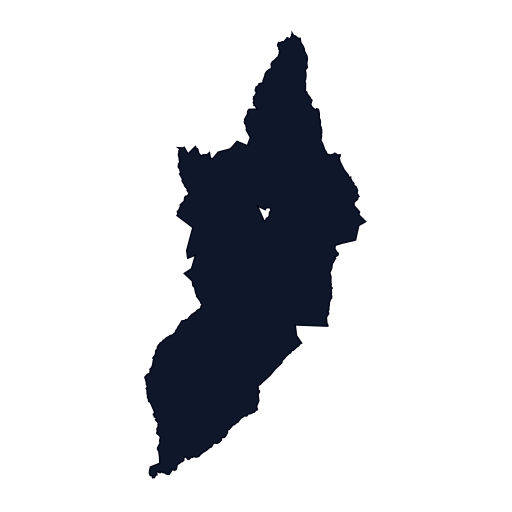 the district of Makoni, Manicaland, Zimbabwe, rotated 181°
{"feature_id": "62879985B27116987268551", "entity_name": "Makoni", "entity_type": "district", "adm_level": 2, "iso_a3": "ZWE", "parent_name": "Zimbabwe", "parent_adm1": "Manicaland", "projection": "robinson", "projection_center": [32.274, -18.385], "detail": "fine", "context": "isolated", "style": "filled", "palette": "ink", "viewbox_px": 512, "rotation_deg": 181, "n_neighbors": 0, "source": "geoboundaries", "source_scale": "gbopen_adm2", "svg_char_len": 6066}
<svg xmlns="http://www.w3.org/2000/svg" viewBox="0 0 512 512"><g transform="rotate(181 256 256)"><path d="M223.7,479.4L223.7,478.5L224.3,477.8L224.1,476.1L224.8,475.7L225.5,473.9L226.3,473.8L228.5,474.8L231.8,470.6L233.8,470.6L235.7,469.4L236.9,469.9L237.8,468.4L238.0,466.4L236.8,465.2L236.7,462.9L235.6,461.9L236.2,460.4L236.1,459.0L237.3,455.7L242.0,451.1L242.8,450.7L244.2,448.3L243.7,445.1L244.0,443.8L244.5,443.2L245.9,442.8L248.4,440.7L249.9,438.5L250.3,436.2L252.0,431.4L251.7,430.6L252.2,429.3L256.0,428.2L256.9,426.0L258.8,425.0L259.7,421.5L259.5,421.0L258.9,421.1L258.5,419.8L258.8,418.4L260.1,415.8L261.2,415.0L260.7,414.1L261.4,413.1L260.5,410.9L261.3,409.7L261.0,408.3L260.4,407.6L260.6,406.6L259.9,406.7L257.8,403.8L257.0,403.0L256.2,402.9L265.4,402.5L266.8,400.7L266.9,397.8L269.8,392.3L269.5,391.3L269.9,390.2L269.8,389.0L269.5,388.3L268.7,388.3L268.8,387.2L267.9,386.2L268.2,385.2L267.6,384.2L267.9,381.8L263.7,374.5L266.5,366.1L277.0,370.2L282.4,363.8L284.5,362.3L295.6,359.2L300.6,352.8L303.2,352.6L304.4,358.5L306.6,356.3L310.5,356.3L312.9,354.6L313.1,355.9L314.1,356.3L315.3,358.4L315.9,361.1L317.0,361.2L316.7,362.3L317.6,362.4L318.5,364.4L325.8,356.8L329.7,363.4L330.4,362.7L335.7,362.9L334.2,361.8L334.0,361.1L334.9,360.0L334.8,358.0L335.3,356.7L335.1,354.4L334.1,353.4L334.6,352.8L333.9,348.2L335.1,346.6L334.7,345.6L335.3,344.7L335.0,343.2L334.2,343.2L334.3,342.2L333.4,340.9L333.5,340.1L332.9,338.7L332.9,337.6L333.8,336.9L330.7,331.2L331.2,330.2L330.7,328.8L328.8,326.2L328.7,325.2L328.1,324.3L325.9,321.9L326.0,320.5L323.8,317.2L326.4,314.3L327.0,314.7L327.5,314.5L328.4,313.0L328.2,312.0L328.6,311.5L328.1,310.7L330.1,308.0L331.3,307.3L331.7,306.4L332.5,306.0L332.5,304.2L334.0,300.4L335.4,299.2L334.8,296.8L335.7,295.1L319.6,283.4L325.4,260.1L324.2,252.6L316.5,255.9L320.2,242.2L327.4,237.3L319.2,229.9L318.6,225.2L317.2,224.0L316.7,223.1L315.8,218.6L314.5,215.5L314.7,214.8L310.9,209.9L310.1,207.8L309.3,207.4L309.1,206.2L309.9,205.1L310.3,203.1L311.4,201.7L312.6,201.5L314.3,200.2L315.2,198.8L316.4,198.3L317.6,197.1L318.9,196.6L322.2,192.9L323.1,191.4L323.9,191.0L325.0,191.2L326.3,190.1L329.0,189.8L331.0,186.1L332.8,183.5L333.2,181.7L334.2,181.2L334.2,180.3L334.9,179.8L335.4,177.6L336.4,177.3L337.9,175.6L340.8,174.7L341.8,173.7L344.1,172.8L345.0,171.4L346.2,170.8L346.4,170.1L347.4,170.0L347.8,168.8L350.4,167.2L350.9,166.1L351.5,165.7L352.4,164.3L352.0,163.4L353.0,163.2L353.0,160.9L354.1,160.3L354.5,159.6L354.8,155.6L357.3,152.2L356.2,150.4L356.9,149.4L357.3,145.8L358.4,142.3L358.7,141.9L359.3,141.9L360.0,141.0L359.7,139.8L360.0,137.4L360.6,136.4L362.3,136.0L365.0,132.9L363.5,128.3L363.3,125.9L362.2,123.9L363.4,121.5L362.6,120.4L362.4,116.1L361.8,114.8L362.0,112.9L361.0,111.0L360.8,108.9L359.4,108.0L358.6,107.0L354.5,97.7L355.9,95.9L355.8,95.4L354.8,95.5L354.9,93.4L353.1,92.8L353.0,91.5L353.6,90.6L352.7,89.3L351.9,89.1L350.5,86.4L351.0,85.5L350.8,83.8L352.1,81.2L351.5,79.2L352.2,77.3L351.6,76.4L349.7,75.1L348.3,73.1L349.1,70.0L348.6,67.3L350.9,62.9L351.1,61.2L349.7,58.8L348.9,53.3L348.6,47.0L357.9,43.2L358.0,41.6L358.5,40.8L358.8,37.5L358.4,35.3L357.2,34.5L356.5,34.9L355.8,34.0L355.6,32.8L354.7,33.7L354.1,32.6L353.3,33.4L352.8,35.2L351.3,35.4L351.5,37.9L350.8,39.0L350.3,39.0L349.2,37.9L347.8,37.7L347.0,38.5L346.4,38.5L344.8,37.7L343.5,37.8L341.8,36.4L339.1,36.2L337.2,38.9L336.8,40.4L334.5,41.0L333.9,40.3L332.2,41.1L331.6,43.2L331.5,44.8L330.7,46.1L329.9,47.1L329.2,47.2L327.5,48.8L326.1,49.2L324.6,50.6L324.7,51.7L325.3,51.9L325.4,52.2L323.7,53.8L322.7,53.9L320.4,51.6L319.6,51.5L317.2,53.8L316.1,53.6L314.7,54.4L312.0,53.9L309.7,54.7L308.2,56.6L305.7,58.7L302.3,60.8L298.9,63.8L297.2,64.4L295.6,67.5L294.1,68.4L291.7,68.0L289.7,69.0L287.4,71.5L287.8,73.0L287.2,73.7L284.7,74.1L283.5,75.0L281.5,78.9L281.7,80.0L281.0,81.9L279.8,82.2L276.1,86.7L274.5,87.2L272.5,89.1L271.3,89.6L268.4,93.6L266.1,94.9L265.3,96.0L262.5,95.9L260.9,98.1L258.6,98.3L255.8,99.8L255.1,99.7L253.8,101.5L252.1,102.3L251.9,103.0L252.4,104.0L252.8,106.6L252.2,107.2L250.7,111.3L251.5,117.3L250.9,119.2L250.2,120.0L250.3,121.3L251.9,122.1L252.0,122.7L251.4,123.3L251.9,126.6L249.6,127.6L246.9,130.5L240.2,136.6L235.2,143.0L228.5,149.5L228.1,151.3L227.1,153.2L226.0,153.8L224.4,156.1L221.1,159.2L219.8,159.7L218.9,162.0L217.1,162.4L213.3,166.0L211.8,166.9L210.6,168.9L208.9,169.7L214.1,177.0L215.6,187.8L183.0,187.1L183.2,188.9L184.0,189.9L184.6,196.0L182.3,199.7L183.1,201.6L182.2,204.0L182.4,204.8L181.8,209.4L182.1,210.6L181.1,213.0L181.1,214.1L179.8,215.0L179.6,217.1L180.4,219.2L179.8,220.4L180.2,221.2L180.2,224.3L179.3,225.2L180.9,227.5L180.2,228.8L180.8,230.9L180.7,236.8L182.0,240.3L180.1,245.2L179.6,250.0L178.6,251.0L177.2,254.1L176.4,254.7L177.3,256.7L176.3,256.9L174.1,258.3L173.8,259.5L173.9,260.2L175.2,261.1L177.3,264.5L177.1,268.0L169.9,270.4L156.8,273.7L153.8,288.3L147.0,292.3L154.0,299.0L153.2,301.8L159.3,308.6L158.8,309.4L159.1,311.1L155.5,314.5L155.3,316.2L154.1,317.3L156.0,320.2L156.0,321.7L155.6,323.3L157.2,327.1L159.5,328.1L159.4,330.1L159.8,330.9L161.7,332.3L161.7,333.4L162.7,334.8L162.8,336.5L163.8,336.0L164.5,336.2L165.2,338.5L169.5,343.8L173.7,351.8L174.6,355.3L173.6,357.6L173.6,358.6L176.5,358.4L178.2,359.9L179.1,360.1L180.6,359.0L183.3,358.2L186.7,359.0L188.0,361.9L189.0,363.0L191.6,370.0L192.9,371.8L193.2,373.1L192.5,377.2L193.0,379.0L192.5,379.8L192.6,383.2L193.2,386.0L194.2,387.6L194.0,391.5L194.4,393.6L195.2,394.8L195.2,399.6L196.1,403.4L196.6,403.9L198.1,404.2L198.8,403.2L199.3,403.1L202.3,405.5L203.7,407.9L204.3,407.8L202.8,412.7L203.9,413.6L204.9,415.6L207.5,418.6L208.1,420.7L209.6,421.8L209.5,429.2L210.3,431.8L209.6,433.3L209.2,436.7L209.4,440.0L210.0,442.2L209.8,443.3L208.0,445.3L208.7,449.9L208.1,453.5L208.5,456.7L211.3,462.0L211.3,463.7L212.9,467.2L214.9,469.9L215.7,474.4L217.6,474.3L220.8,476.8L222.4,477.2L223.7,479.4ZM246.3,293.8L246.7,292.0L247.9,291.2L248.6,291.3L255.5,306.1L247.6,302.5L247.3,303.5L245.9,304.6L242.4,304.4L242.1,302.4L241.5,301.1L242.6,300.7L243.2,299.8L243.5,296.0L244.8,294.6L246.3,293.8Z" fill="#0f172a" stroke="#020617" stroke-width="1.5"/></g></svg>